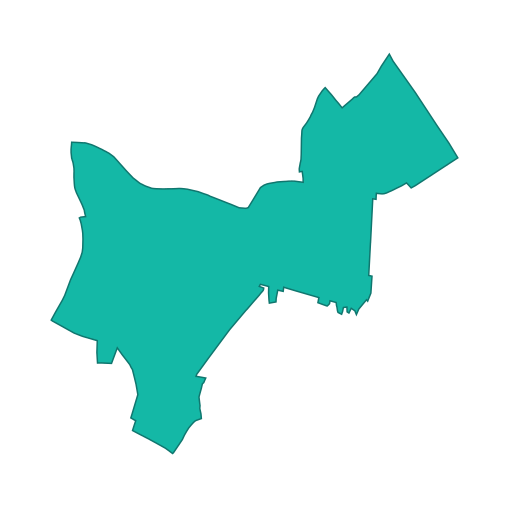 the district of Ba Dinh, Ha Noi, Vietnam, rotated 355°
{"feature_id": "81297802B78295235973409", "entity_name": "Ba Dinh", "entity_type": "district", "adm_level": 2, "iso_a3": "VNM", "parent_name": "Vietnam", "parent_adm1": "Ha Noi", "projection": "equal_earth", "projection_center": [105.824, 21.035], "detail": "fine", "context": "isolated", "style": "filled", "palette": "teal", "viewbox_px": 512, "rotation_deg": 355, "n_neighbors": 0, "source": "geoboundaries", "source_scale": "gbopen_adm2", "svg_char_len": 4468}
<svg xmlns="http://www.w3.org/2000/svg" viewBox="0 0 512 512"><g transform="rotate(355 256 256)"><path d="M465.6,175.8L458.1,160.5L447.6,141.7L428.9,107.0L409.5,73.8L406.4,66.5L397.4,77.8L392.5,84.9L372.7,104.4L370.0,106.3L368.1,106.2L367.0,106.9L365.7,108.0L355.7,115.2L354.7,115.9L353.4,114.0L351.9,111.7L349.0,107.7L347.2,104.9L345.4,102.2L339.6,94.3L338.5,95.2L336.4,97.2L332.3,102.2L330.8,104.8L327.2,113.2L324.9,117.7L323.2,120.2L322.4,121.8L321.5,123.1L320.1,125.1L318.0,127.9L314.3,132.0L313.7,132.8L313.1,133.9L312.7,135.1L312.2,138.7L311.6,142.3L309.9,158.8L309.4,162.6L309.3,163.5L308.8,165.4L308.2,167.2L307.0,171.6L306.7,172.8L306.6,174.1L306.6,176.0L307.1,175.9L309.4,175.8L309.7,182.9L309.4,186.7L300.9,184.8L298.1,184.5L295.1,184.3L292.7,184.3L290.2,184.2L283.4,184.1L281.1,184.4L276.0,184.8L273.2,185.2L271.9,185.6L270.2,186.1L266.4,188.2L265.1,190.0L256.9,201.2L252.5,207.1L251.1,207.5L249.8,207.6L243.4,206.5L241.3,205.4L240.0,204.7L239.2,204.3L235.8,202.5L232.1,200.7L228.9,199.1L226.9,198.1L224.9,197.1L216.4,192.9L216.0,192.8L213.7,191.3L212.6,190.8L211.8,190.4L211.5,190.3L209.6,189.5L207.0,188.3L206.2,187.9L203.8,186.8L201.6,186.1L198.8,185.2L193.5,183.5L191.2,183.0L189.7,182.7L189.1,182.6L188.1,182.4L186.0,182.1L184.9,182.0L184.2,182.0L181.5,181.9L179.5,181.8L177.6,181.7L175.5,181.5L172.4,181.3L170.5,181.2L169.2,181.1L168.3,181.0L162.5,180.3L160.6,180.0L158.1,179.5L155.1,178.1L154.6,177.9L153.3,177.3L152.0,176.7L151.7,176.5L150.3,175.7L149.1,174.9L147.7,174.1L146.6,173.4L144.9,171.8L142.7,169.7L140.4,167.6L137.2,163.6L134.9,160.7L133.5,158.9L133.2,158.5L133.0,158.2L131.3,155.9L128.6,152.3L128.2,151.8L126.9,150.0L123.0,144.8L122.0,143.9L120.1,142.2L118.5,140.8L117.1,139.9L116.2,139.3L115.4,138.7L114.3,138.1L113.5,137.6L112.4,136.8L111.4,136.2L110.2,135.5L109.4,135.1L108.7,134.6L106.1,133.1L105.6,132.8L104.7,132.3L102.1,130.9L96.3,128.6L95.0,128.3L94.3,128.3L93.6,128.2L92.3,128.0L91.6,127.9L90.5,127.7L86.2,127.1L82.3,126.6L81.9,129.1L81.4,131.6L81.3,132.4L81.1,133.3L80.8,136.9L80.9,142.6L81.1,143.2L81.2,143.9L81.3,144.5L81.5,145.2L81.9,147.2L82.3,152.6L82.1,156.1L81.9,157.5L81.5,161.7L81.3,168.0L81.3,170.1L81.4,172.1L81.8,174.2L82.5,176.7L82.6,177.2L84.1,181.2L86.0,186.3L87.3,189.9L88.4,193.6L88.9,195.2L89.1,197.8L89.7,201.9L84.8,202.0L83.3,202.7L84.0,204.9L84.7,208.8L85.3,215.4L85.4,218.4L85.1,224.1L84.1,232.9L83.2,237.1L81.2,241.9L78.1,247.7L72.9,257.0L69.3,263.3L62.0,278.6L59.2,283.2L51.3,294.6L46.4,302.0L47.5,303.0L52.7,306.5L68.2,317.0L74.7,320.2L76.4,321.0L90.5,326.5L89.1,338.2L88.9,344.8L88.8,348.8L92.8,349.1L102.7,350.4L109.8,335.4L114.1,342.7L116.8,346.9L120.8,353.2L121.9,356.2L123.0,358.3L124.3,366.5L125.3,373.1L125.7,377.7L126.2,383.8L118.8,402.5L117.2,406.4L118.8,407.5L120.4,408.7L121.8,409.5L121.6,410.1L119.4,415.2L117.8,419.1L122.1,421.9L125.7,424.2L132.2,428.3L133.2,428.9L135.5,430.5L139.9,433.4L141.8,434.7L148.6,439.3L149.0,439.6L149.5,440.0L155.7,445.5L156.7,444.7L166.6,432.5L169.1,428.2L171.6,424.6L174.1,421.3L176.8,418.6L179.1,416.5L180.6,415.3L182.0,414.6L187.4,413.2L187.4,408.5L186.7,403.0L187.2,400.2L187.1,398.2L186.9,391.5L187.9,388.7L189.1,385.5L190.0,383.1L190.9,380.3L191.5,378.6L192.9,377.6L194.1,375.3L195.3,373.2L195.0,373.1L194.6,373.0L192.1,372.3L186.5,370.8L185.8,370.7L186.0,370.1L186.6,368.7L190.2,364.6L200.1,353.2L223.3,327.1L224.3,326.1L241.2,309.3L242.5,308.2L248.2,302.6L250.6,300.3L251.0,299.9L251.8,299.2L252.4,298.6L253.2,297.8L253.4,297.6L254.2,296.9L254.5,296.5L255.0,296.1L256.1,295.0L257.5,293.5L259.0,292.1L260.0,291.1L260.1,290.9L260.6,290.0L260.9,288.6L259.4,287.9L256.6,286.6L257.9,284.6L266.0,287.5L265.3,293.8L265.1,301.2L265.2,304.1L271.9,303.5L272.4,300.0L274.7,291.9L277.4,292.8L280.0,293.6L280.9,289.5L281.6,289.8L283.0,290.4L292.8,294.3L307.8,300.1L315.0,302.9L313.6,307.9L319.1,310.5L321.3,311.5L321.6,311.7L322.6,312.0L324.0,310.9L325.1,309.9L325.8,307.1L331.8,309.3L331.9,312.5L332.2,314.1L332.4,317.7L332.8,319.4L336.2,321.5L337.4,318.9L338.6,314.9L342.1,314.8L341.9,319.6L343.6,320.9L346.3,316.4L349.7,319.2L350.9,323.1L353.8,317.8L362.3,309.2L363.3,310.7L367.2,303.0L369.8,286.2L366.6,285.2L371.0,254.1L371.1,253.3L371.2,253.0L377.3,209.2L380.5,210.0L381.0,206.2L381.4,204.0L382.4,204.3L382.6,204.3L387.0,205.1L388.5,205.1L389.0,205.1L391.5,204.6L394.5,203.5L396.1,203.0L398.5,202.1L402.0,200.7L407.1,198.8L412.3,196.3L413.0,197.2L414.1,198.5L416.5,201.7L420.8,199.8L465.6,175.8Z" fill="#14b8a6" stroke="#0f766e" stroke-width="1.5"/></g></svg>